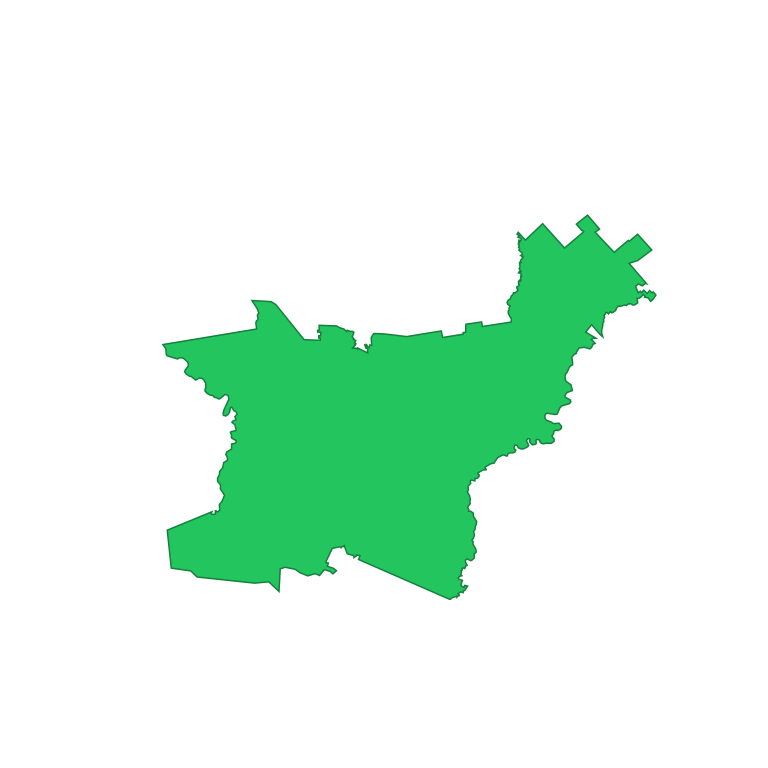 outline of Montemorelos, Nuevo León, Mexico, rotated 310°
{"feature_id": "50627088B84903506613222", "entity_name": "Montemorelos", "entity_type": "district", "adm_level": 2, "iso_a3": "MEX", "parent_name": "Mexico", "parent_adm1": "Nuevo León", "projection": "albers", "projection_center": [-99.737, 25.166], "detail": "fine", "context": "isolated", "style": "filled", "palette": "green", "viewbox_px": 768, "rotation_deg": 310, "n_neighbors": 0, "source": "geoboundaries", "source_scale": "gbopen_adm2", "svg_char_len": 6171}
<svg xmlns="http://www.w3.org/2000/svg" viewBox="0 0 768 768"><g transform="rotate(310 384 384)"><path d="M363.1,229.2L360.3,238.2L358.1,242.3L355.4,242.7L352.6,246.0L349.9,245.8L348.2,246.7L344.3,251.1L272.1,189.3L270.8,194.2L266.7,198.2L266.2,199.8L270.3,209.5L273.1,210.8L274.8,213.9L274.7,218.8L274.0,220.7L272.1,222.5L266.5,222.8L265.1,223.7L264.5,226.1L265.0,230.2L265.9,231.4L265.9,237.1L269.9,238.7L271.2,240.6L271.3,243.2L270.0,246.8L266.7,250.0L264.9,250.3L263.6,251.4L263.1,254.6L263.8,257.9L265.2,260.7L264.7,262.7L265.8,264.3L266.3,267.1L267.6,267.9L273.6,268.9L274.7,270.6L274.8,272.3L272.7,274.9L261.5,278.0L258.4,279.4L256.8,281.2L257.9,283.4L260.4,284.1L263.2,283.8L266.8,281.7L268.1,281.9L268.2,283.1L267.1,286.0L267.6,288.9L266.5,290.9L263.1,290.8L261.6,293.6L258.1,292.0L256.9,292.1L256.9,295.9L253.9,300.4L252.5,300.1L249.1,297.4L248.1,297.5L246.9,300.0L245.0,301.4L244.7,302.7L245.6,307.0L244.6,308.0L243.1,308.2L240.1,305.8L236.1,309.0L230.7,307.2L228.3,308.2L227.0,311.2L225.5,312.8L224.1,312.9L220.7,311.7L216.3,314.2L211.4,314.3L208.5,316.3L204.9,317.0L202.5,319.1L201.5,323.8L198.5,326.0L196.3,333.3L190.1,335.3L185.8,335.4L181.8,339.2L179.0,338.8L178.8,336.5L178.4,336.3L176.0,338.5L174.1,336.7L173.5,335.3L173.7,334.7L175.5,334.3L132.7,311.9L106.2,339.4L116.6,356.1L116.0,364.9L148.3,412.9L158.4,422.9L157.6,436.9L175.7,423.3L180.1,426.1L185.0,435.2L185.4,440.8L188.0,448.9L194.4,453.1L195.9,457.7L203.4,457.6L205.9,463.4L205.7,466.9L210.4,467.6L210.3,463.6L207.9,457.8L211.1,456.5L209.9,454.5L211.1,453.6L224.1,450.2L225.7,450.7L231.2,455.0L230.9,456.4L232.8,456.5L233.2,457.3L234.6,457.4L230.3,465.0L233.1,471.1L231.7,472.6L234.6,473.3L235.4,472.8L237.0,476.1L233.2,477.3L261.2,572.5L261.9,573.3L264.3,573.6L267.9,576.0L267.4,576.9L268.6,576.7L270.2,577.7L270.9,576.9L271.0,575.5L274.0,576.3L274.9,578.7L276.3,577.9L278.2,578.6L282.9,577.9L281.6,575.3L279.6,575.9L279.1,573.3L279.5,572.1L284.0,570.3L282.7,567.1L282.8,565.7L285.2,565.5L287.2,566.9L287.4,565.2L289.8,564.3L290.4,563.2L291.8,563.5L292.7,562.2L293.9,562.8L294.6,564.5L297.0,563.5L298.4,564.3L300.1,560.6L301.6,559.6L303.8,560.3L304.1,563.7L306.0,564.7L309.0,565.0L311.7,562.2L313.3,562.8L314.7,562.5L316.6,560.3L318.6,554.9L320.4,553.8L320.8,551.8L323.3,551.7L326.2,550.5L328.6,547.5L331.4,547.1L333.0,545.7L336.1,544.8L338.2,543.4L340.3,537.2L342.5,535.4L342.3,532.2L340.9,530.6L342.2,529.8L343.2,527.7L344.1,527.1L347.6,527.0L349.4,525.1L350.8,524.6L353.4,521.4L355.1,516.9L356.9,516.9L359.6,514.1L363.5,514.4L365.3,512.3L366.6,512.8L368.2,515.9L370.0,514.6L372.0,516.2L374.4,516.2L375.5,515.4L375.2,513.9L376.2,513.1L382.0,515.2L383.8,517.4L384.4,517.2L384.7,515.2L385.6,514.9L391.5,517.0L393.9,519.1L400.7,518.4L406.3,520.7L407.7,524.4L408.3,524.7L410.0,523.8L411.2,524.2L412.6,525.0L413.8,526.8L415.9,528.0L418.1,527.5L418.2,525.0L418.7,524.5L420.8,523.6L421.8,524.0L422.5,525.4L421.5,528.1L422.5,531.1L424.1,532.6L428.5,534.5L430.1,534.1L432.2,529.4L434.7,529.3L435.6,531.0L433.1,533.1L432.7,536.7L434.8,538.5L436.3,538.9L438.5,536.6L439.9,536.8L441.0,539.0L439.6,541.4L440.2,544.0L443.4,546.9L445.9,550.2L449.2,551.2L451.1,549.9L452.0,546.1L454.6,545.9L457.4,544.5L459.3,545.5L460.0,547.0L462.5,548.2L464.1,548.3L465.7,547.2L466.5,543.3L462.7,539.4L462.3,536.2L460.6,531.8L461.2,529.4L463.1,527.6L464.8,527.1L466.4,527.7L470.8,534.9L472.2,536.0L478.8,534.1L481.4,534.2L488.2,538.7L490.4,538.6L491.5,537.1L490.4,531.3L490.8,530.4L493.9,529.6L495.7,530.0L500.0,532.5L500.4,532.2L503.6,527.7L503.0,521.6L505.6,518.1L508.6,516.6L509.7,516.9L515.5,515.4L517.7,515.2L519.9,516.2L523.0,513.3L525.0,510.7L528.5,510.6L531.0,511.6L533.0,510.7L537.2,510.4L540.8,513.8L543.3,519.2L545.4,519.5L548.9,518.6L550.8,519.7L551.5,514.2L553.3,514.9L555.3,516.9L553.4,505.2L562.9,504.9L560.8,517.8L560.8,521.2L562.8,518.2L565.1,516.2L569.8,513.8L570.7,512.6L573.0,512.4L574.4,510.8L577.1,510.0L578.0,508.3L580.1,508.6L581.4,508.0L582.2,508.9L582.0,510.9L585.0,510.9L584.9,512.6L585.7,513.3L589.1,514.2L592.0,513.3L594.5,513.5L595.3,515.0L599.2,517.6L600.0,519.3L603.0,519.8L602.9,520.4L604.1,521.4L604.4,523.8L605.8,525.2L609.2,526.2L612.4,522.8L613.3,524.0L615.3,524.9L619.3,525.1L619.1,527.6L618.0,527.7L619.8,531.1L618.6,535.0L620.7,535.6L626.5,535.3L627.0,534.9L627.6,531.1L626.1,530.8L626.3,527.4L622.6,527.5L622.8,522.6L619.6,522.6L619.8,520.6L617.3,520.2L620.4,514.0L624.0,514.4L625.3,518.8L629.2,519.7L629.6,520.6L634.0,494.2L641.7,499.0L658.8,503.0L661.8,482.0L650.8,480.1L651.0,478.8L632.8,475.7L636.0,448.2L641.2,449.6L644.2,431.4L630.1,428.6L628.7,436.9L629.2,437.4L629.0,439.1L604.2,434.9L608.8,402.5L585.1,399.8L586.5,389.3L584.2,389.7L584.7,392.5L582.6,392.2L583.5,395.0L583.0,396.3L580.7,396.6L581.0,395.0L579.3,395.8L579.1,397.0L577.6,396.8L576.9,398.5L575.1,399.4L575.2,400.6L573.1,401.5L573.3,405.6L572.5,406.4L570.3,406.2L570.9,407.2L570.2,407.8L571.0,408.7L570.5,409.2L567.1,409.1L565.4,409.8L565.1,410.9L564.1,409.8L561.3,412.8L559.2,413.5L558.3,416.8L557.8,416.7L557.4,415.3L555.6,415.6L556.6,417.3L556.3,418.7L555.3,418.9L555.2,420.0L554.2,419.7L550.7,422.5L550.0,422.3L550.4,421.0L548.7,421.3L547.0,423.0L547.2,423.7L546.2,424.2L543.5,423.3L542.6,424.6L542.9,425.2L541.6,426.3L538.1,425.9L537.1,424.5L535.1,425.4L533.5,424.9L530.4,426.0L528.1,425.2L525.4,426.0L524.5,427.8L524.8,430.4L522.7,430.9L521.3,432.1L519.9,432.2L518.1,433.6L516.2,438.1L516.4,439.0L513.3,441.7L491.3,422.4L494.3,418.9L482.4,408.3L476.1,413.3L474.2,411.6L473.0,412.6L457.3,399.0L461.5,393.8L434.9,370.9L422.8,352.4L416.5,344.2L415.7,343.7L411.4,344.3L405.8,349.6L404.9,348.1L402.5,349.0L401.8,346.8L402.5,346.5L402.2,345.6L402.9,345.4L402.8,344.8L402.0,345.1L401.6,344.2L399.9,347.0L400.6,349.3L398.9,349.9L397.3,351.6L394.6,340.7L393.8,341.3L393.5,339.8L391.3,337.0L395.6,337.0L395.4,336.5L396.8,336.3L396.5,334.9L399.2,334.4L398.5,332.2L399.1,332.2L399.7,329.4L404.3,327.7L404.1,326.0L402.6,324.3L401.6,321.4L400.2,321.9L400.3,317.9L398.3,313.0L398.1,310.5L387.3,296.6L383.4,299.8L382.5,298.7L381.1,299.8L383.0,302.3L380.1,304.4L379.0,303.0L377.2,304.5L378.1,305.7L376.5,307.1L366.6,294.3L375.3,250.1L374.5,244.5L363.1,229.2Z" fill="#22c55e" stroke="#15803d" stroke-width="1.5"/></g></svg>